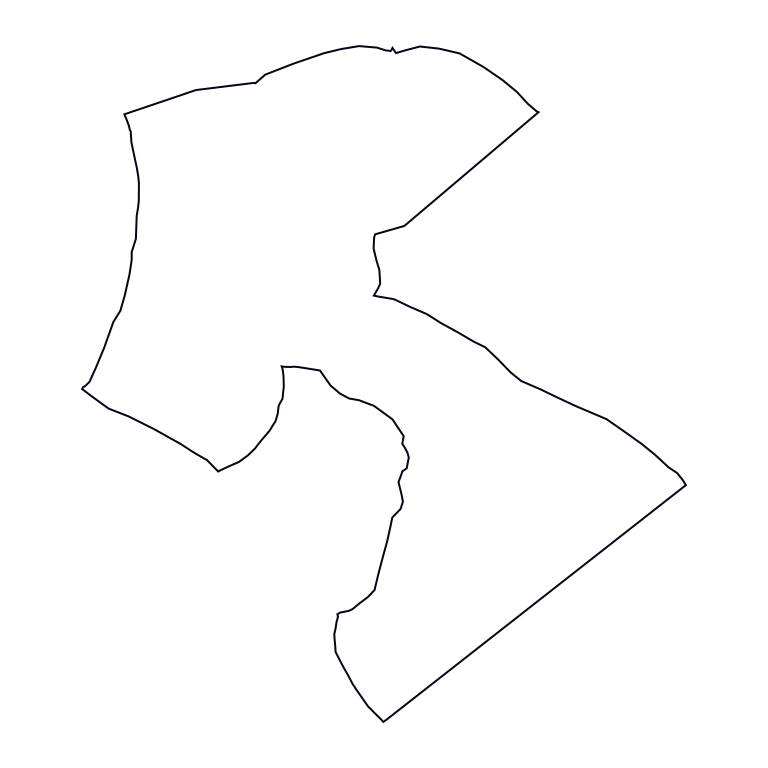 outline of Village, Anse-la-Raye, Saint Lucia
{"feature_id": "8701671B42639255298272", "entity_name": "Village", "entity_type": "district", "adm_level": 2, "iso_a3": "LCA", "parent_name": "Saint Lucia", "parent_adm1": "Anse-la-Raye", "projection": "albers", "projection_center": [-61.042, 13.939], "detail": "fine", "context": "isolated", "style": "outline", "palette": "ink", "viewbox_px": 768, "rotation_deg": 0, "n_neighbors": 0, "source": "geoboundaries", "source_scale": "gbopen_adm2", "svg_char_len": 2660}
<svg xmlns="http://www.w3.org/2000/svg" viewBox="0 0 768 768"><path d="M392.5,47.9L391.4,50.0L390.6,51.0L389.3,50.8L385.6,50.4L376.9,47.6L359.0,46.1L340.9,49.1L325.6,52.8L323.4,53.4L295.3,63.0L289.5,65.2L265.3,74.6L255.4,83.3L253.8,82.9L196.1,90.0L124.4,114.3L126.8,120.1L128.9,125.8L129.9,130.2L130.7,131.3L130.8,132.8L131.4,142.4L131.9,144.5L132.7,148.6L133.5,152.2L136.9,168.3L138.2,176.0L138.9,183.0L138.9,187.1L138.8,200.4L138.1,207.4L136.7,215.8L135.9,238.8L131.7,252.1L131.7,254.3L131.7,259.8L129.5,274.4L124.6,296.1L121.4,307.1L120.4,310.7L113.4,321.9L104.2,347.7L95.8,367.9L89.5,381.8L85.6,385.7L82.9,387.4L82.1,389.1L84.5,390.8L85.6,391.7L86.6,392.4L90.2,395.2L108.6,408.6L124.2,414.7L128.6,416.4L154.2,429.2L181.2,444.3L182.7,445.3L189.0,449.4L190.0,450.1L196.1,453.9L204.0,458.4L206.1,459.6L207.0,460.1L218.2,471.5L221.4,469.8L229.4,466.1L237.2,462.7L238.9,462.0L248.2,455.1L255.1,448.4L258.2,444.3L261.4,440.3L269.5,430.8L273.4,424.5L275.5,421.3L277.8,413.4L278.3,408.7L278.7,405.6L282.5,398.7L283.8,386.3L283.5,375.8L282.6,369.3L281.7,366.4L284.1,366.8L290.2,367.0L292.5,366.8L294.2,366.7L295.5,366.8L298.0,367.0L320.0,370.5L330.5,385.5L335.0,389.3L340.0,393.6L347.1,397.4L349.1,398.5L359.0,400.2L366.7,403.1L373.9,405.8L391.3,418.5L392.5,419.4L394.3,422.1L403.7,436.2L402.3,443.8L404.4,447.0L405.3,448.6L407.4,452.6L408.8,457.5L406.7,468.3L402.3,471.4L401.7,473.5L401.3,474.6L398.5,482.1L401.6,494.7L402.3,498.5L402.9,501.7L400.6,508.9L394.9,514.8L392.3,517.5L390.4,526.8L387.9,538.0L387.3,540.9L385.5,547.4L383.0,556.4L378.8,572.4L376.5,581.8L375.4,586.4L374.6,590.0L367.5,597.4L365.7,598.7L359.7,603.2L352.4,609.2L348.8,610.9L346.9,611.2L345.0,611.6L340.1,612.6L337.4,614.2L338.0,616.7L337.1,620.0L336.5,622.1L335.6,628.3L335.2,630.1L334.3,634.2L334.4,636.5L334.7,640.4L335.3,646.8L335.5,650.5L335.6,651.9L336.2,653.2L337.3,655.3L342.8,666.0L349.0,677.0L352.6,684.0L354.3,686.4L356.0,689.2L361.4,696.8L362.0,697.7L366.8,704.7L368.4,706.8L370.2,708.5L373.3,711.7L378.7,717.1L381.2,719.5L382.6,721.1L383.3,721.9L386.6,719.6L685.9,485.1L683.1,480.5L677.1,473.0L668.8,467.5L654.7,454.5L641.5,443.8L636.0,439.9L625.8,432.6L606.6,419.2L575.8,406.1L559.7,398.6L540.2,389.2L521.4,381.1L510.8,372.6L498.5,359.9L485.4,347.4L473.7,341.6L456.9,331.8L440.8,323.0L427.0,314.2L409.9,306.8L394.0,299.2L377.0,296.3L373.8,295.6L376.2,291.6L378.0,288.5L380.2,283.8L379.9,278.6L379.3,269.7L376.5,260.7L373.6,248.5L374.1,237.8L374.5,236.2L375.2,234.3L404.4,225.9L538.5,112.2L536.6,111.3L528.0,104.0L517.2,92.2L502.7,80.2L483.5,67.0L459.5,53.4L438.9,48.6L419.9,46.5L406.2,50.1L395.9,53.1L393.5,49.4L392.5,47.9Z" fill="none" stroke="#020617" stroke-width="2"/></svg>